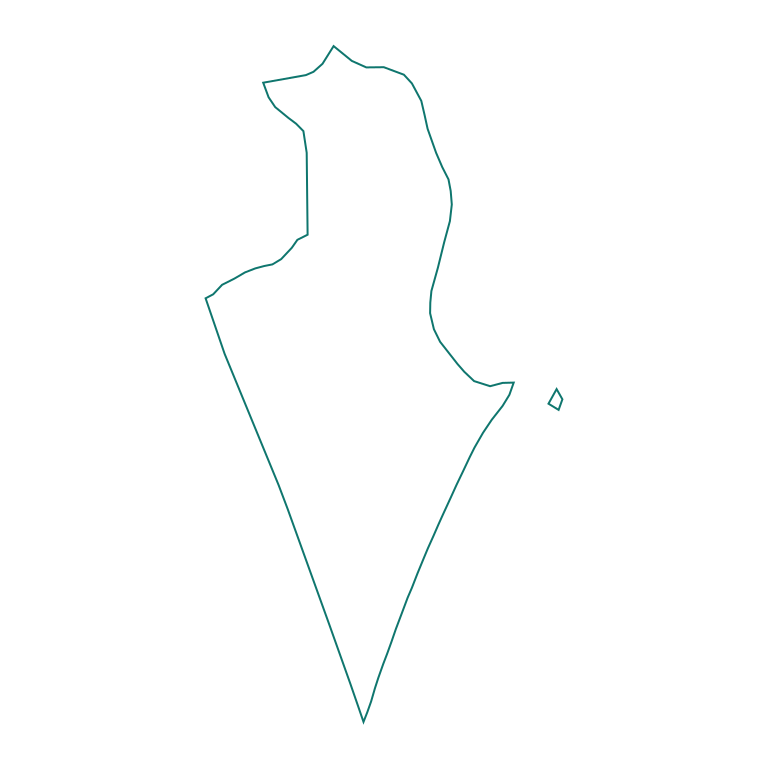 the district of Balneário Barra do Sul, Santa Catarina, Brazil
{"feature_id": "56859067B13667370892418", "entity_name": "Balneário Barra do Sul", "entity_type": "district", "adm_level": 2, "iso_a3": "BRA", "parent_name": "Brazil", "parent_adm1": "Santa Catarina", "projection": "equal_earth", "projection_center": [-48.641, -26.454], "detail": "fine", "context": "isolated", "style": "outline", "palette": "teal", "viewbox_px": 768, "rotation_deg": 0, "n_neighbors": 0, "source": "geoboundaries", "source_scale": "gbopen_adm2", "svg_char_len": 1185}
<svg xmlns="http://www.w3.org/2000/svg" viewBox="0 0 768 768"><path d="M363.5,721.9L367.3,712.2L371.1,701.5L374.9,688.4L378.4,677.6L383.3,663.8L387.2,653.6L391.5,641.7L395.8,629.2L401.8,613.3L407.6,597.8L411.9,587.8L417.5,573.4L424.1,557.4L427.9,548.3L433.3,536.3L438.4,524.6L442.5,515.5L450.7,497.7L456.6,484.7L462.9,471.6L469.7,457.2L474.5,447.6L483.0,432.8L491.8,419.7L502.6,405.9L509.4,394.8L513.7,382.6L502.6,382.9L490.1,386.2L474.1,381.1L464.3,371.8L457.5,364.0L440.1,341.8L433.9,329.2L430.1,313.2L430.3,302.6L431.4,291.0L437.9,267.7L444.2,242.2L449.9,221.1L451.8,204.5L450.7,191.0L448.5,179.4L442.2,167.0L436.1,152.8L427.6,128.8L424.6,115.1L421.3,100.9L411.9,83.4L403.9,74.7L383.8,67.2L366.3,67.4L351.8,60.9L333.6,46.1L322.5,63.8L313.5,71.8L305.9,75.1L263.2,82.7L268.6,97.3L275.2,107.1L288.5,118.0L296.1,123.7L303.4,131.1L306.7,152.8L307.6,234.7L297.4,239.8L291.8,247.8L281.2,259.1L272.4,264.4L264.3,266.0L255.3,268.4L245.0,272.4L234.4,278.6L222.1,284.8L213.2,294.3L205.6,298.3L224.6,353.8L278.7,485.3L287.7,509.1L329.3,624.6L350.5,684.2L357.8,705.3L363.5,721.9ZM562.4,399.3L556.6,389.1L548.5,403.7L558.6,409.9L562.4,399.3Z" fill="none" stroke="#0f766e" stroke-width="2"/></svg>